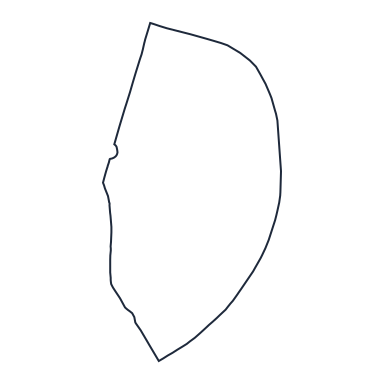 Khlong San, Bangkok Metropolis, Thailand
{"feature_id": "78962969B86497108686026", "entity_name": "Khlong San", "entity_type": "district", "adm_level": 2, "iso_a3": "THA", "parent_name": "Thailand", "parent_adm1": "Bangkok Metropolis", "projection": "robinson", "projection_center": [100.499, 13.722], "detail": "fine", "context": "isolated", "style": "outline", "palette": "slate", "viewbox_px": 384, "rotation_deg": 0, "n_neighbors": 0, "source": "geoboundaries", "source_scale": "gbopen_adm2", "svg_char_len": 2073}
<svg xmlns="http://www.w3.org/2000/svg" viewBox="0 0 384 384"><path d="M241.6,288.3L253.1,271.4L255.0,268.0L257.8,263.1L260.7,258.0L262.1,255.2L265.4,248.2L268.7,240.0L275.1,220.2L276.4,215.1L277.4,210.8L279.2,202.6L280.2,195.6L280.4,192.2L281.0,171.2L277.4,120.5L276.0,113.8L275.0,110.5L271.5,98.1L270.2,94.8L268.9,91.7L265.5,83.8L262.9,79.1L260.2,74.1L256.0,66.7L250.2,60.8L249.9,60.5L240.3,53.0L227.5,45.3L220.9,43.0L213.5,40.8L206.6,38.8L197.0,36.1L190.6,34.3L169.0,28.8L167.0,28.3L159.5,26.0L154.2,24.2L150.2,23.0L147.5,31.9L145.2,39.4L144.5,42.3L144.4,42.5L143.2,47.8L142.9,49.2L141.5,54.6L140.8,56.6L139.7,59.9L138.5,63.8L135.7,72.8L132.8,82.5L130.0,92.2L126.1,104.6L125.7,105.8L124.7,108.9L119.5,126.2L114.3,144.3L114.9,144.8L115.6,145.4L116.3,146.4L116.6,147.0L116.8,148.0L117.1,149.4L117.3,150.7L117.4,151.6L117.5,152.3L117.4,152.8L117.2,153.7L116.8,154.7L116.3,155.6L115.5,156.5L115.2,156.7L114.6,157.2L114.0,157.6L113.8,157.7L112.3,158.4L111.5,158.6L110.0,158.9L109.7,159.2L109.3,160.7L108.9,162.4L108.3,164.2L107.8,165.6L107.5,166.9L107.2,167.7L106.0,171.6L104.2,178.1L103.3,181.6L103.0,182.7L103.9,185.0L104.0,185.2L104.9,188.3L108.0,196.1L108.8,200.3L109.2,202.5L109.5,203.1L109.6,203.9L109.5,205.2L110.1,212.7L110.5,215.8L111.4,226.9L111.4,232.0L111.4,232.4L111.0,242.0L110.7,245.3L110.6,246.4L110.8,248.7L110.8,250.6L110.3,255.5L110.3,255.9L110.2,259.8L110.2,269.9L110.2,270.2L110.2,270.6L110.2,272.5L110.7,277.9L110.7,280.0L110.9,282.1L111.1,283.4L111.1,283.8L111.3,284.3L112.0,285.7L113.0,287.6L114.1,289.3L115.2,291.0L116.4,292.8L117.6,294.6L119.0,296.7L120.1,298.4L125.0,307.4L126.4,308.7L128.0,310.0L129.7,311.2L132.2,313.2L134.3,317.1L135.3,322.4L135.8,323.3L140.7,330.3L148.1,342.9L149.2,344.8L158.8,361.0L163.1,358.5L167.8,355.5L172.4,352.9L177.2,349.8L182.8,346.4L186.8,343.9L189.9,341.4L194.7,337.9L199.7,333.5L204.2,329.4L208.9,325.0L212.6,321.8L216.8,318.0L219.9,315.0L223.0,312.1L225.6,309.7L228.0,306.6L230.4,303.6L232.8,300.9L235.5,297.1L237.9,293.7L238.2,293.2L241.2,288.9L241.6,288.3Z" fill="none" stroke="#1e293b" stroke-width="2"/></svg>